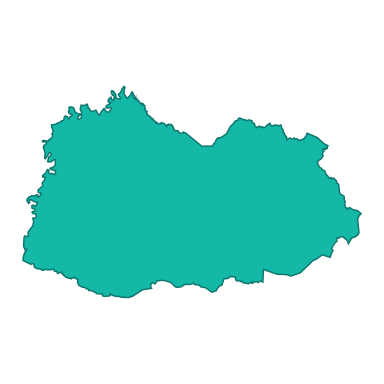 Waeng Yai, Khon Kaen, Thailand
{"feature_id": "78962969B82836358248418", "entity_name": "Waeng Yai", "entity_type": "district", "adm_level": 2, "iso_a3": "THA", "parent_name": "Thailand", "parent_adm1": "Khon Kaen", "projection": "robinson", "projection_center": [102.448, 15.935], "detail": "fine", "context": "isolated", "style": "filled", "palette": "teal", "viewbox_px": 384, "rotation_deg": 0, "n_neighbors": 0, "source": "geoboundaries", "source_scale": "gbopen_adm2", "svg_char_len": 5887}
<svg xmlns="http://www.w3.org/2000/svg" viewBox="0 0 384 384"><path d="M132.1,91.9L130.1,95.4L127.8,97.8L126.8,98.0L124.3,94.3L124.0,91.4L124.9,87.1L123.9,86.5L122.0,88.9L120.6,92.5L118.5,94.0L118.6,95.1L120.5,98.0L120.2,98.9L118.8,99.0L116.2,98.1L115.7,94.5L113.7,91.5L112.5,90.8L111.3,91.0L111.7,93.8L112.4,95.0L114.0,95.9L114.3,97.4L113.5,100.4L112.0,100.0L111.0,97.2L108.4,99.4L108.1,101.7L110.3,102.4L110.6,103.2L106.4,105.7L105.9,107.0L107.0,108.1L110.9,107.6L111.6,108.6L108.6,112.3L105.8,111.4L104.7,108.7L104.0,108.5L100.6,112.7L99.7,114.8L98.7,115.1L96.0,110.3L95.2,110.2L93.7,111.3L90.4,111.0L89.7,109.1L88.0,107.2L87.4,104.3L86.6,104.2L84.6,105.6L81.1,105.1L80.2,109.2L81.5,112.0L81.5,116.9L81.0,118.1L78.6,119.7L77.9,119.1L78.0,116.9L80.2,114.8L80.2,114.1L77.7,113.6L74.8,111.7L74.1,108.7L73.3,107.7L71.2,106.9L69.3,107.2L68.9,107.8L69.4,109.5L68.5,111.3L68.7,112.7L69.9,114.0L71.9,114.4L72.3,115.0L71.7,116.0L69.9,116.9L69.0,118.8L68.0,118.7L67.2,116.5L65.3,116.0L64.5,116.6L63.7,120.5L61.7,120.7L60.0,122.3L57.8,122.9L55.9,124.2L51.6,124.9L51.7,127.3L52.8,129.5L53.0,132.7L51.8,134.1L52.7,135.9L52.4,137.1L50.6,138.8L49.2,139.3L48.2,141.3L44.3,140.5L42.7,140.7L42.3,141.3L43.2,142.0L45.5,141.5L46.5,142.7L46.2,143.9L44.0,145.4L43.4,147.4L45.2,153.3L44.7,158.3L45.3,158.7L46.0,158.2L49.0,153.0L50.1,152.6L51.4,154.3L50.6,155.8L49.1,156.5L47.6,161.5L48.8,162.0L51.2,161.8L54.3,159.4L55.1,159.6L55.4,163.5L54.8,165.8L52.6,167.5L50.0,168.3L50.7,169.4L54.9,170.6L55.8,173.1L54.5,174.6L52.0,173.5L49.7,173.8L48.9,173.1L48.9,170.1L47.4,169.6L45.5,173.3L42.6,175.6L43.0,177.3L45.0,176.9L45.3,177.3L44.3,180.3L42.1,183.0L42.9,185.8L38.0,190.0L38.4,192.5L41.1,193.3L39.7,196.3L37.5,197.0L37.7,195.0L37.2,194.7L34.5,195.9L31.6,195.8L29.4,196.8L27.1,199.1L27.0,200.9L28.6,203.4L29.6,202.5L29.5,199.8L30.2,199.5L35.6,202.2L37.3,202.1L37.6,202.6L35.5,206.4L33.3,205.1L31.8,205.8L32.1,208.3L34.6,208.9L35.4,209.9L34.6,211.1L32.5,211.6L32.1,212.6L33.1,213.6L35.6,213.8L36.5,216.5L35.5,217.9L32.8,218.2L33.6,221.3L32.9,225.6L28.4,231.5L28.0,233.8L28.5,235.9L27.0,236.7L24.8,235.9L24.1,237.2L23.6,246.0L24.7,249.1L26.7,249.3L26.3,250.7L25.4,250.7L24.5,254.5L24.0,254.3L23.0,258.5L23.2,260.6L31.1,264.4L32.2,263.6L33.2,263.7L34.0,264.9L34.3,267.0L36.7,268.6L41.3,269.1L41.7,270.1L43.0,270.3L43.8,270.2L44.6,269.3L48.1,269.9L53.7,269.3L54.6,271.3L57.1,271.6L57.4,273.4L61.5,272.2L62.1,273.8L62.9,274.0L63.0,274.7L63.7,274.6L64.0,275.6L66.1,277.3L69.0,278.3L70.9,278.2L71.3,278.8L72.2,277.9L73.6,277.9L74.7,277.2L75.2,278.3L77.7,279.5L77.6,282.6L78.9,285.4L82.7,287.3L85.2,287.5L86.3,288.8L88.5,289.4L88.8,290.5L92.9,290.9L93.3,291.6L95.8,292.6L96.4,293.6L102.1,294.1L102.9,296.0L105.1,296.4L110.0,295.8L110.2,293.8L112.4,295.3L115.8,296.4L118.7,296.3L121.9,297.3L129.1,297.5L131.0,296.4L132.0,296.6L142.4,289.8L151.5,288.3L150.8,287.2L150.9,284.5L152.4,282.6L155.1,283.9L157.3,280.5L158.1,280.9L161.4,280.3L164.8,280.6L169.7,282.1L172.0,283.3L174.9,286.6L176.9,287.4L181.2,286.8L184.9,284.4L190.3,284.4L193.9,283.2L194.5,284.6L199.5,285.1L200.6,286.8L205.7,287.8L211.9,292.2L216.3,290.7L217.2,288.6L219.9,285.6L221.9,285.3L223.9,278.9L227.9,278.4L230.8,276.4L235.6,277.3L235.6,279.7L236.9,281.0L240.1,280.8L240.5,281.6L241.9,281.3L243.0,282.7L248.6,283.7L251.4,282.1L251.7,283.1L252.8,283.2L253.4,282.2L255.6,281.7L257.0,281.8L258.0,282.6L260.0,281.2L261.6,281.2L262.8,282.1L263.5,269.5L276.9,274.2L286.8,274.6L290.7,276.1L300.3,272.8L313.3,260.3L316.2,259.2L322.3,254.9L330.1,257.3L332.1,251.8L333.0,250.4L331.7,249.0L332.2,247.2L334.8,243.1L336.8,241.4L336.7,238.1L339.2,238.0L340.8,236.7L342.5,236.6L347.7,240.9L348.4,243.7L351.7,238.0L355.5,236.7L357.8,234.8L359.0,232.8L357.6,219.2L358.6,216.6L361.0,213.5L357.5,210.7L352.9,209.7L349.9,207.6L348.7,208.0L347.3,209.4L346.9,208.9L346.8,208.0L345.6,207.4L345.0,205.7L344.7,204.0L345.2,201.6L344.2,199.9L344.2,196.4L339.7,193.5L338.6,184.3L336.6,182.8L336.6,181.2L333.7,178.1L331.9,178.9L331.2,177.5L329.1,178.2L327.3,175.3L326.1,174.6L324.8,170.9L322.1,169.6L321.5,168.3L319.6,167.4L317.8,164.0L317.4,162.8L318.4,160.6L320.8,159.1L323.2,155.8L322.4,154.0L322.4,153.0L323.8,151.5L323.2,150.8L323.6,149.9L323.0,149.2L325.3,149.6L325.4,148.3L326.0,147.9L327.0,148.6L327.4,147.7L327.2,146.0L327.9,145.7L324.1,143.8L317.3,137.6L307.2,133.2L306.6,134.0L306.9,135.0L303.6,138.9L302.1,139.8L300.9,139.6L299.2,140.8L298.3,140.4L298.2,139.5L296.6,138.7L294.9,139.1L294.3,138.0L293.0,139.2L289.9,138.0L286.9,139.6L286.4,136.4L285.1,135.8L284.9,134.5L283.8,133.7L284.2,133.1L282.9,131.5L283.2,130.5L282.8,129.4L281.6,128.2L281.7,127.2L280.8,124.9L278.3,125.8L275.6,124.9L272.6,125.8L270.9,125.5L269.9,123.5L269.6,124.3L269.1,123.9L267.2,125.0L264.8,127.5L263.0,127.7L262.6,126.9L261.9,127.4L260.9,126.7L259.5,126.7L259.1,126.1L256.8,127.5L254.7,125.9L254.8,124.8L254.1,123.3L252.2,122.6L251.9,120.7L248.9,119.9L246.7,120.7L244.8,119.5L242.6,120.0L242.3,119.0L239.5,118.0L238.4,118.5L238.3,120.0L234.9,121.2L234.1,122.9L230.4,126.4L226.5,133.8L220.9,137.6L217.8,138.0L216.5,139.2L215.2,142.5L213.5,143.9L212.7,146.1L201.8,146.2L185.5,132.9L183.1,132.1L182.8,133.0L181.1,133.4L178.7,132.6L178.6,131.4L177.6,130.5L176.2,130.9L174.4,130.4L172.8,126.3L171.0,124.3L169.7,124.7L168.8,124.2L168.2,125.0L167.5,124.8L167.5,125.4L166.1,125.2L166.7,125.7L166.4,126.4L164.2,123.5L161.2,122.6L160.8,123.7L157.8,123.8L156.8,122.2L155.8,123.0L155.0,121.3L153.0,119.8L153.0,119.1L152.3,119.5L151.7,118.0L150.9,118.1L150.5,116.8L148.4,115.3L147.2,115.2L147.3,113.6L146.3,111.9L147.0,111.2L145.9,110.9L144.6,109.1L145.3,108.4L144.7,107.7L144.8,105.6L143.3,105.1L143.6,104.2L142.0,103.4L142.4,104.6L142.1,105.0L140.6,103.2L139.5,102.9L138.9,100.9L136.6,99.8L137.0,99.1L136.3,99.2L136.1,98.6L135.5,99.2L135.6,97.0L134.5,98.3L133.5,97.7L133.2,96.9L134.2,95.6L133.3,94.6L132.7,94.9L132.5,93.7L133.1,93.2L132.1,91.9Z" fill="#14b8a6" stroke="#0f766e" stroke-width="1.5"/></svg>